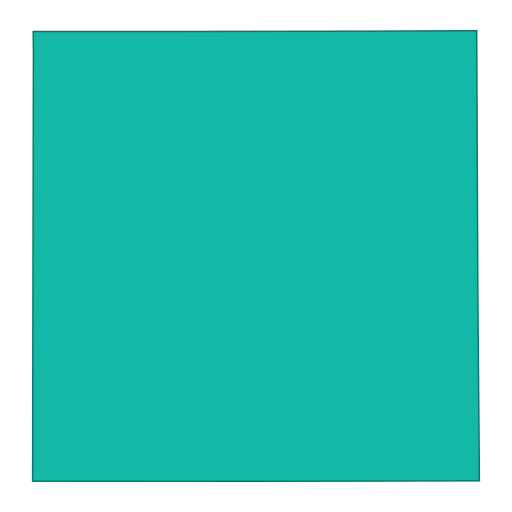 outline of Marion, Iowa, United States of America
{"feature_id": "52423323B54462982436391", "entity_name": "Marion", "entity_type": "district", "adm_level": 2, "iso_a3": "USA", "parent_name": "United States of America", "parent_adm1": "Iowa", "projection": "albers", "projection_center": [-93.073, 41.335], "detail": "fine", "context": "isolated", "style": "filled", "palette": "teal", "viewbox_px": 512, "rotation_deg": 0, "n_neighbors": 0, "source": "geoboundaries", "source_scale": "gbopen_adm2", "svg_char_len": 243}
<svg xmlns="http://www.w3.org/2000/svg" viewBox="0 0 512 512"><path d="M476.7,30.7L365.3,31.2L179.0,31.5L33.2,31.5L33.4,53.4L32.6,481.2L255.6,481.3L479.4,480.8L477.9,301.7L476.7,30.7Z" fill="#14b8a6" stroke="#0f766e" stroke-width="1.5"/></svg>